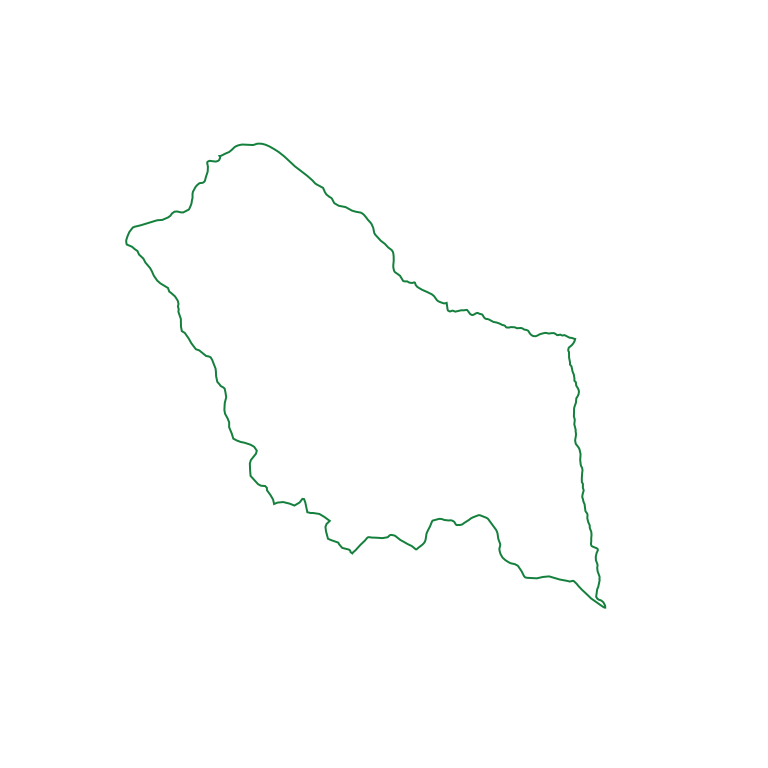 Korphu, Tongsa, Bhutan (Robinson projection), rotated 25°
{"feature_id": "84629894B58410761625070", "entity_name": "Korphu", "entity_type": "district", "adm_level": 2, "iso_a3": "BTN", "parent_name": "Bhutan", "parent_adm1": "Tongsa", "projection": "robinson", "projection_center": [90.525, 27.213], "detail": "fine", "context": "isolated", "style": "outline", "palette": "green", "viewbox_px": 768, "rotation_deg": 25, "n_neighbors": 0, "source": "geoboundaries", "source_scale": "gbopen_adm2", "svg_char_len": 6154}
<svg xmlns="http://www.w3.org/2000/svg" viewBox="0 0 768 768"><g transform="rotate(25 384 384)"><path d="M90.5,364.5L91.9,366.3L97.6,366.1L101.4,367.2L104.2,367.6L107.3,370.2L113.0,372.1L116.5,374.8L122.9,377.7L125.8,379.8L129.7,383.2L134.9,386.2L138.8,387.3L147.7,388.3L150.3,391.0L152.4,391.4L157.5,392.9L161.8,395.6L163.9,398.2L164.5,400.9L166.3,402.9L167.1,405.4L172.4,410.9L175.7,417.7L178.4,421.5L181.9,421.9L187.9,425.4L192.2,428.5L198.8,432.0L202.2,431.6L211.0,433.8L213.4,433.1L215.6,433.1L218.0,434.7L224.8,441.2L226.2,443.4L228.5,447.8L232.0,452.5L234.8,453.7L236.8,454.8L239.5,455.0L241.5,455.5L243.8,458.5L246.6,462.7L247.7,468.5L250.3,475.0L252.5,478.1L256.7,481.2L259.9,484.2L261.9,488.6L267.0,493.3L270.5,497.2L274.3,497.4L278.7,497.1L282.2,496.2L288.9,495.4L292.9,495.8L296.9,498.2L297.4,501.3L295.5,509.2L296.0,512.7L298.8,518.2L301.9,523.7L312.2,528.0L315.4,528.2L319.4,526.7L321.7,527.6L322.9,529.8L328.0,532.6L332.3,535.6L335.1,539.2L337.6,536.5L342.5,533.6L349.1,532.3L354.2,532.0L357.6,527.0L358.6,522.6L360.2,522.1L362.8,524.7L368.7,532.6L372.1,531.9L374.5,530.8L380.3,529.1L386.3,529.7L392.7,531.0L391.1,535.2L391.3,538.2L393.7,542.0L398.6,547.9L401.2,547.9L409.6,547.1L411.2,548.3L415.4,550.2L422.2,548.9L423.7,549.3L424.8,550.5L426.9,550.9L427.1,549.7L428.4,546.8L430.6,539.8L432.9,533.9L433.7,530.8L434.2,529.8L435.0,529.2L437.9,528.3L442.6,526.3L447.4,524.5L448.2,524.0L451.6,521.7L452.3,520.9L453.0,518.9L453.7,518.1L454.6,517.6L457.5,516.9L458.6,517.0L464.5,518.4L473.6,519.1L477.6,519.1L482.7,520.4L483.4,520.1L484.3,518.0L486.7,513.4L487.4,511.4L487.7,509.2L487.4,507.2L485.9,502.1L485.7,501.0L485.7,497.9L485.9,493.6L485.6,488.3L485.8,487.3L490.5,483.3L491.4,482.7L493.3,482.0L496.3,481.7L497.3,481.4L498.2,481.0L500.2,480.4L501.9,479.4L502.9,479.1L503.9,479.0L505.9,479.2L508.5,481.0L509.5,481.1L512.2,479.8L513.9,478.6L514.5,477.7L515.5,475.9L518.3,471.5L519.8,468.7L521.1,467.1L524.7,463.4L525.5,462.7L526.5,462.4L532.5,462.0L534.6,462.1L535.5,462.4L547.2,468.8L548.8,470.1L550.2,471.7L553.0,476.0L556.7,479.7L557.3,480.6L557.6,481.5L558.2,484.7L559.3,486.4L561.4,488.8L564.7,491.2L568.6,492.4L572.6,492.9L574.6,492.9L578.6,492.0L581.6,492.1L582.6,492.4L587.9,495.6L591.9,498.8L592.8,499.3L593.8,499.6L595.8,499.1L604.7,495.5L609.6,491.7L614.9,488.6L626.0,486.9L632.9,485.1L635.9,484.5L638.3,482.6L639.3,482.4L643.1,483.7L645.8,485.0L650.6,486.9L658.3,489.4L662.2,490.8L676.1,493.3L678.2,493.5L679.0,493.2L678.4,491.9L677.3,490.8L675.0,489.1L672.4,488.4L669.7,488.7L668.1,488.4L666.2,487.2L664.2,480.7L663.9,479.1L664.0,477.8L663.1,473.8L662.3,470.5L661.6,469.7L661.3,468.4L660.5,467.2L656.7,463.4L654.9,460.5L654.3,458.4L653.7,457.3L650.5,454.1L649.8,452.7L649.0,451.3L648.1,447.3L648.1,444.5L647.7,443.6L647.1,443.1L646.2,443.0L641.5,443.2L640.6,443.0L639.7,442.3L638.9,441.0L638.5,439.4L637.0,436.2L635.7,432.7L634.2,430.2L632.1,428.3L631.1,427.1L630.2,425.2L627.4,422.8L624.9,419.6L623.9,416.9L623.2,415.9L622.3,415.2L620.6,414.3L620.1,413.8L616.6,408.2L614.7,406.6L612.8,404.1L611.5,402.8L610.7,400.5L610.0,396.2L609.5,395.5L608.1,394.0L606.5,390.5L604.8,389.3L603.1,385.8L601.1,380.6L600.4,378.4L599.2,376.5L597.4,375.1L596.4,374.0L593.9,369.9L591.8,364.5L588.9,360.7L587.2,359.3L583.1,357.2L581.7,355.3L581.0,354.2L579.6,349.2L579.0,347.9L577.5,345.7L577.3,344.8L573.5,340.1L572.2,336.3L571.9,335.6L569.7,333.0L568.8,330.7L566.6,325.8L566.3,324.4L565.8,319.5L565.0,317.6L564.3,315.4L564.6,314.4L564.7,311.2L564.0,308.8L563.4,307.7L561.8,306.1L558.9,304.2L557.1,301.3L555.2,300.6L554.2,298.4L552.0,295.2L549.7,293.1L546.4,288.7L544.4,287.8L543.4,285.7L540.6,281.9L538.2,276.9L537.0,276.0L536.6,275.3L536.2,273.8L536.1,273.0L537.8,269.4L538.4,267.1L538.6,264.7L538.2,262.4L537.5,262.6L534.5,262.9L533.1,263.5L532.3,263.6L527.0,263.4L525.1,264.7L522.8,264.8L521.0,266.2L520.3,266.5L518.0,266.1L516.5,266.1L514.4,267.1L511.9,268.7L509.6,269.1L508.2,269.7L504.4,272.8L502.6,275.2L501.5,276.4L500.2,277.1L498.8,277.5L497.3,277.4L495.8,277.0L494.4,276.3L492.5,275.0L491.8,274.8L490.3,274.8L488.1,275.4L485.8,275.1L484.3,275.4L480.9,277.3L478.7,277.3L475.1,278.7L473.3,280.1L471.1,281.0L470.4,280.8L469.0,280.1L468.2,280.1L466.0,280.5L463.0,280.4L460.0,280.7L457.0,281.5L451.7,281.2L450.2,281.4L449.5,281.8L448.0,281.9L446.6,281.4L444.0,279.7L443.3,279.5L441.1,280.0L438.8,280.0L437.7,280.8L435.9,283.4L434.7,284.3L433.9,284.3L432.4,284.1L428.3,281.9L427.6,281.9L425.0,283.6L422.9,284.5L418.0,288.3L415.8,288.4L415.0,288.6L413.4,290.2L412.7,290.5L411.1,290.4L410.5,290.0L410.0,289.4L406.5,284.0L405.4,285.0L404.0,285.7L399.4,286.1L397.9,286.0L396.4,285.6L392.4,283.3L389.5,282.5L384.2,282.4L378.9,282.5L375.1,282.2L372.8,281.8L370.8,280.8L369.2,279.1L368.5,279.1L366.7,280.6L364.5,281.3L363.7,281.4L361.5,281.2L359.9,282.1L358.7,282.4L357.8,282.5L352.7,279.1L346.7,278.0L345.8,277.5L345.0,276.8L343.1,274.3L342.2,272.4L340.8,268.4L339.0,264.6L337.4,261.9L336.0,260.3L334.2,259.3L330.2,258.5L325.5,256.6L320.5,255.5L313.0,252.4L311.3,251.2L308.2,247.0L305.1,244.3L303.3,243.3L300.5,242.2L295.0,239.4L293.5,238.9L291.5,238.5L290.5,238.5L285.6,239.8L281.6,240.4L274.5,239.9L267.6,241.6L262.5,241.1L258.4,238.0L257.5,237.6L255.5,237.5L251.5,236.5L249.0,234.8L245.9,232.0L238.8,231.6L236.8,231.3L233.0,229.7L226.2,227.7L211.3,224.4L197.8,220.0L190.8,218.3L185.8,217.6L179.7,217.1L175.7,217.2L172.7,217.7L170.7,218.3L167.9,219.6L167.1,220.2L164.8,222.4L164.0,222.9L154.5,226.8L152.8,227.9L151.2,229.2L149.7,230.7L148.5,232.4L147.0,236.3L145.6,239.2L142.8,242.3L139.6,246.4L138.6,246.9L139.4,247.5L139.9,248.4L139.9,250.6L139.6,251.5L138.2,253.0L137.3,253.6L131.5,255.5L130.2,257.1L130.2,258.1L130.7,259.0L131.4,259.8L132.6,261.5L134.2,265.4L134.5,266.4L135.1,271.7L135.7,274.8L135.8,275.9L135.5,276.9L135.0,277.8L134.2,278.6L132.4,279.6L131.7,280.3L130.4,283.2L129.9,285.2L129.6,290.5L130.1,292.6L131.9,296.4L132.2,298.3L133.2,301.7L133.4,303.4L133.5,308.0L133.2,308.6L129.5,313.4L127.3,314.3L123.5,315.1L121.3,316.4L119.8,319.0L119.3,321.8L117.9,324.3L113.7,329.0L109.2,331.5L96.4,343.0L91.5,346.9L90.2,348.4L89.0,353.6L89.0,355.7L89.1,358.5L89.6,362.6L90.5,364.5Z" fill="none" stroke="#15803d" stroke-width="2"/></g></svg>